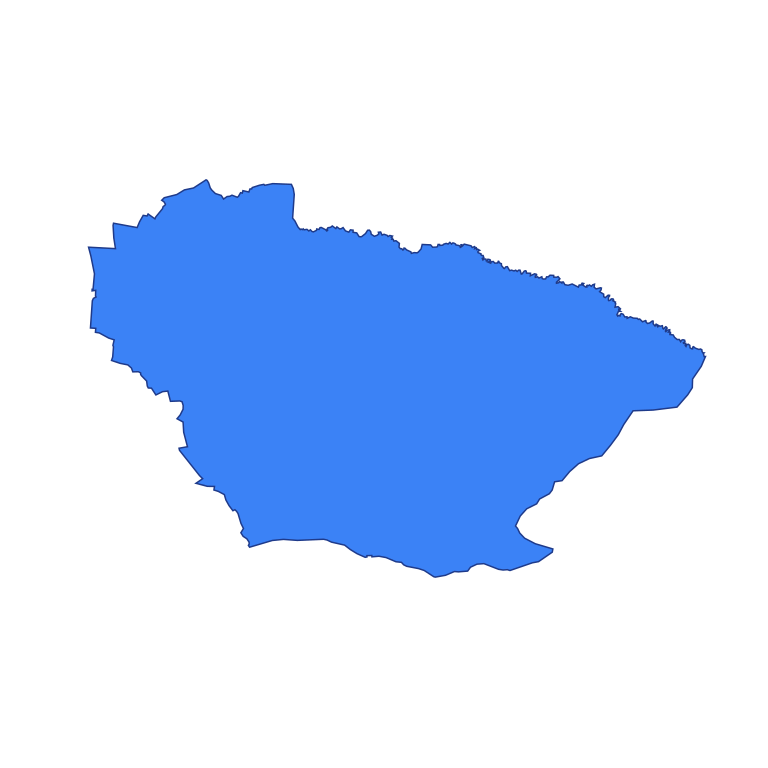 Paleu, Bihor, Romania, rotated 9°
{"feature_id": "2599482B55319195618022", "entity_name": "Paleu", "entity_type": "district", "adm_level": 2, "iso_a3": "ROU", "parent_name": "Romania", "parent_adm1": "Bihor", "projection": "equal_earth", "projection_center": [22.001, 47.102], "detail": "fine", "context": "isolated", "style": "filled", "palette": "blue", "viewbox_px": 768, "rotation_deg": 9, "n_neighbors": 0, "source": "geoboundaries", "source_scale": "gbopen_adm2", "svg_char_len": 6150}
<svg xmlns="http://www.w3.org/2000/svg" viewBox="0 0 768 768"><g transform="rotate(9 384 384)"><path d="M576.6,520.5L558.4,518.1L547.0,514.3L541.4,510.0L538.5,505.8L536.1,503.7L539.2,493.1L544.5,484.9L553.5,478.5L555.7,473.2L564.5,466.5L566.7,462.4L567.8,453.9L575.0,451.6L581.1,441.4L588.6,432.3L598.5,425.5L610.3,420.9L617.2,409.2L623.3,397.5L627.1,386.6L634.2,371.5L654.0,367.6L677.0,361.0L685.7,347.1L689.1,339.4L688.0,330.8L694.6,316.9L697.2,306.6L696.0,306.9L694.7,304.1L695.3,303.2L694.0,303.3L692.9,301.9L692.7,300.6L691.3,299.9L689.5,300.6L685.9,299.9L683.9,298.7L683.2,299.2L683.4,300.9L682.8,301.2L680.6,300.4L680.0,298.0L678.3,297.1L676.9,297.8L676.4,299.7L675.5,298.9L675.7,296.8L673.5,297.0L673.2,296.4L674.7,295.2L674.1,293.7L672.3,293.5L670.9,294.3L670.4,295.8L668.6,293.8L666.6,294.2L663.6,292.4L662.0,290.3L658.6,290.4L658.5,289.6L659.1,288.9L658.8,288.1L656.8,288.2L657.8,286.7L657.7,285.7L655.3,286.5L654.2,288.2L653.7,287.8L653.9,285.7L654.9,284.5L653.9,283.5L653.2,283.4L651.5,285.9L650.8,285.6L649.8,282.9L647.7,283.7L646.4,283.4L645.5,284.7L644.7,283.8L645.6,283.1L643.4,282.3L642.6,284.3L640.4,282.4L640.0,279.8L639.1,279.8L636.8,282.2L634.7,283.0L632.9,281.6L633.0,280.8L632.5,280.4L629.6,282.1L626.4,279.8L625.1,280.4L623.9,279.5L620.0,279.9L616.8,279.1L613.9,281.1L613.5,279.6L611.3,280.1L609.3,277.7L607.4,277.3L606.7,278.0L606.4,279.9L605.2,279.4L604.3,280.4L603.2,279.2L604.2,275.6L606.2,275.2L604.2,274.1L604.1,273.5L605.4,273.5L605.8,272.8L603.1,271.0L600.2,272.0L600.3,268.4L599.6,267.8L599.8,266.9L597.0,266.0L597.7,265.2L596.9,264.1L595.1,264.4L594.3,265.9L593.0,266.5L592.5,266.0L592.2,263.2L593.0,261.9L592.9,261.1L591.5,261.2L589.0,264.1L587.4,263.4L586.9,260.9L582.5,259.1L583.7,257.1L583.7,255.2L582.7,255.1L578.6,256.9L576.4,255.5L576.3,252.5L574.6,253.4L573.5,255.1L571.5,254.0L570.4,254.9L569.2,254.7L568.8,255.4L569.2,256.4L568.1,256.7L564.8,255.2L565.6,253.5L563.9,253.4L563.1,255.4L561.3,255.7L560.8,257.9L554.2,255.8L550.4,257.7L547.1,257.6L545.2,255.2L543.9,255.4L543.9,256.5L541.3,255.3L540.8,256.6L538.6,257.5L538.4,256.5L541.3,252.6L539.1,250.7L538.0,251.5L535.0,251.9L534.6,250.2L530.9,250.6L529.4,252.5L527.8,252.7L527.2,254.9L525.0,255.4L523.8,255.1L523.1,253.4L520.5,255.1L518.9,254.1L516.8,255.0L516.5,253.8L517.8,252.4L517.4,251.8L515.5,251.6L511.6,254.2L511.4,251.7L507.4,252.2L506.8,250.3L506.1,250.0L504.9,250.5L503.2,253.6L502.4,253.9L500.5,250.3L499.2,250.5L497.9,252.0L496.3,251.0L494.7,252.0L492.1,251.6L490.4,252.4L487.5,248.8L485.9,249.3L484.9,251.1L484.2,251.0L481.5,248.6L481.1,246.8L478.8,246.2L478.3,245.0L477.7,244.9L477.2,246.7L474.6,247.3L472.7,245.9L470.7,246.6L470.5,248.0L467.7,247.3L469.3,246.4L469.8,245.2L469.2,244.6L467.1,244.5L466.6,246.1L465.8,246.4L465.1,244.7L463.3,244.8L462.3,246.0L461.4,244.6L462.8,243.5L461.8,241.6L460.4,241.7L459.5,241.1L459.5,240.3L456.3,239.5L456.0,238.7L456.3,238.0L457.6,237.0L455.3,236.1L454.4,236.7L453.9,235.1L452.4,236.1L452.6,234.8L452.0,234.1L449.8,235.4L448.4,233.9L441.3,233.3L440.1,235.2L439.2,234.2L438.3,234.4L439.0,236.3L438.0,237.1L437.4,235.9L436.4,235.5L433.3,235.4L432.7,234.5L430.9,233.9L429.9,233.9L428.8,235.2L426.9,233.8L425.4,235.7L423.4,235.4L420.9,236.7L420.3,237.7L417.5,238.4L417.1,237.5L415.6,237.7L415.3,240.0L414.2,240.6L410.6,241.3L408.3,239.3L399.9,240.2L399.5,244.8L397.2,248.4L396.1,249.3L393.3,249.5L390.6,250.7L389.9,249.3L385.3,248.0L383.4,246.6L382.5,246.6L382.4,248.1L381.7,248.7L380.4,247.6L378.9,247.8L377.4,246.4L377.2,242.7L373.4,240.6L371.4,241.3L370.5,239.7L369.0,239.9L369.4,238.5L368.3,238.0L369.2,236.6L366.5,236.4L364.9,237.7L363.9,236.7L360.6,236.1L358.8,237.2L356.9,234.4L354.7,235.0L355.4,236.5L354.1,238.1L351.4,239.6L348.0,238.1L347.0,235.6L345.5,234.3L343.8,234.7L342.2,238.3L338.9,241.9L337.7,242.3L336.3,242.3L333.4,239.0L329.7,239.0L329.4,236.9L326.7,237.0L325.5,239.5L322.0,238.8L319.1,235.9L317.3,237.4L315.8,237.7L312.9,236.2L312.1,238.0L308.2,236.0L306.7,237.6L304.2,238.4L303.5,239.9L304.3,240.8L303.6,241.8L302.1,240.7L297.5,239.2L296.3,239.6L295.7,241.5L293.3,241.4L293.3,242.8L290.4,244.8L288.9,244.6L287.2,243.2L285.8,244.6L283.7,243.3L280.9,244.2L279.9,243.4L279.2,244.3L277.8,243.9L277.1,244.6L274.4,242.3L270.5,236.9L267.8,234.5L265.7,210.8L263.8,205.1L261.3,201.3L242.8,203.5L235.1,206.4L234.1,205.6L229.8,207.2L223.1,210.6L222.8,212.0L221.1,212.3L220.5,215.5L214.4,215.1L214.2,217.6L212.4,217.5L210.9,221.4L209.9,222.5L204.3,221.3L202.4,222.7L199.7,223.4L196.6,226.4L193.7,223.2L187.7,222.3L183.7,219.5L181.7,217.5L179.4,212.9L177.5,210.6L176.3,210.2L165.2,220.2L156.5,223.5L149.7,229.3L137.8,234.4L135.7,237.3L138.2,238.5L140.0,240.6L139.6,241.8L138.1,243.3L137.8,245.5L132.4,254.8L131.9,256.7L124.4,253.0L123.7,255.1L119.8,255.1L117.2,262.0L115.7,268.1L91.7,267.5L91.6,269.8L94.3,282.0L97.6,292.3L70.8,295.1L74.4,303.3L80.8,320.5L81.8,335.9L80.9,336.1L81.1,337.7L84.6,336.6L85.3,342.3L86.0,343.1L83.6,344.9L82.9,347.4L85.3,374.6L90.6,374.1L90.9,378.1L94.8,378.1L104.9,381.7L110.6,382.6L110.2,388.2L111.0,389.6L111.8,399.7L111.2,403.4L120.3,404.9L128.0,405.2L132.0,407.7L134.0,411.3L139.5,410.3L141.9,411.1L142.2,412.7L143.1,413.7L149.1,418.2L150.5,423.0L151.8,424.8L155.0,424.5L160.4,430.5L166.5,426.2L171.6,424.8L175.8,434.5L185.0,432.7L187.3,433.1L189.0,436.6L189.5,440.4L187.5,446.5L185.0,450.7L191.5,453.0L193.7,463.0L199.7,476.7L191.6,479.5L192.4,481.5L216.1,503.3L219.7,505.9L213.8,511.5L225.5,512.7L232.6,511.7L232.6,515.3L237.2,516.0L243.6,518.2L246.0,523.3L250.0,528.4L254.6,532.8L256.4,531.5L258.3,532.8L260.1,534.8L264.5,544.0L267.8,548.7L265.9,553.3L268.7,556.5L272.7,558.3L275.4,561.2L275.9,563.1L275.3,564.6L276.8,566.2L298.2,556.0L309.0,553.2L322.9,552.0L348.6,546.8L352.1,547.0L356.9,548.4L370.3,549.3L376.7,552.8L383.9,555.8L392.5,558.1L394.2,557.5L394.0,556.2L398.8,555.3L399.1,556.6L406.0,554.9L413.2,555.1L423.6,557.7L429.1,557.4L431.7,559.5L434.9,560.5L447.0,560.9L452.9,561.9L463.4,566.6L464.9,566.7L474.7,563.3L482.9,558.2L486.9,557.9L495.9,555.7L498.1,551.4L504.0,547.4L510.8,545.8L526.1,549.1L530.7,549.1L534.9,548.1L537.6,548.5L558.5,537.4L564.4,535.3L576.5,523.8L576.6,520.5Z" fill="#3b82f6" stroke="#1e3a8a" stroke-width="1.5"/></g></svg>